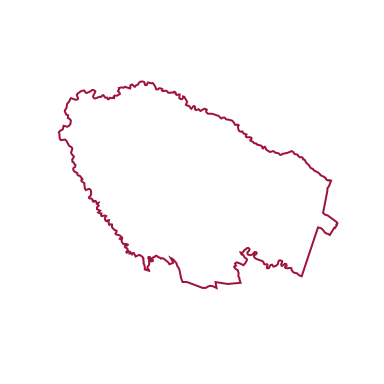 the district of Carrillo Puerto, Veracruz, Mexico, rotated 200°
{"feature_id": "50627088B27800936058187", "entity_name": "Carrillo Puerto", "entity_type": "district", "adm_level": 2, "iso_a3": "MEX", "parent_name": "Mexico", "parent_adm1": "Veracruz", "projection": "albers", "projection_center": [-96.59, 18.822], "detail": "fine", "context": "isolated", "style": "outline", "palette": "rose", "viewbox_px": 384, "rotation_deg": 200, "n_neighbors": 0, "source": "geoboundaries", "source_scale": "gbopen_adm2", "svg_char_len": 6089}
<svg xmlns="http://www.w3.org/2000/svg" viewBox="0 0 384 384"><g transform="rotate(200 192 192)"><path d="M260.3,135.6L259.0,133.2L258.3,132.8L257.8,133.7L256.0,134.1L255.2,131.7L253.8,130.7L251.5,129.8L249.6,129.8L249.3,128.3L249.7,126.7L248.8,126.2L244.9,126.5L242.5,125.4L242.0,125.1L242.5,124.4L244.0,123.6L244.0,123.3L241.7,123.6L241.6,122.2L240.9,121.1L238.8,119.7L235.9,120.7L234.3,120.6L234.4,119.7L236.4,118.7L236.5,117.6L235.5,117.0L234.4,117.0L233.1,116.5L232.7,115.4L233.1,113.1L232.5,112.7L231.6,114.8L230.3,114.6L229.8,112.8L228.9,113.2L228.7,114.0L227.0,112.9L226.7,114.3L225.8,114.8L222.9,112.1L220.4,114.6L219.0,114.9L216.2,114.0L214.8,112.8L215.0,112.2L214.3,111.5L214.2,110.7L213.5,110.0L213.0,108.1L212.2,107.6L210.7,105.4L209.9,103.1L205.4,103.3L205.9,104.1L208.0,105.2L208.1,106.5L207.4,109.0L208.8,113.0L210.4,114.8L210.6,116.0L209.7,116.5L208.4,116.0L208.0,114.3L206.8,112.8L205.2,113.7L205.4,114.4L206.6,115.7L206.0,117.5L204.9,118.1L204.4,119.6L203.5,119.8L202.4,119.7L201.2,119.1L200.1,119.4L198.6,118.8L198.1,119.4L197.3,119.3L196.1,119.8L190.1,117.7L188.5,116.4L185.6,118.8L186.3,120.0L189.4,122.7L186.5,122.2L182.2,119.7L180.8,117.7L178.1,115.6L176.8,114.0L173.0,107.6L170.1,104.2L165.8,105.7L149.2,105.5L145.9,106.8L145.1,108.2L142.9,110.0L140.2,110.6L136.1,110.2L139.1,115.4L126.9,117.8L115.3,123.3L117.6,126.2L117.9,127.2L119.7,128.8L120.6,132.0L121.5,133.0L121.9,134.0L125.0,134.8L126.8,135.9L126.7,136.7L125.5,137.7L127.1,139.5L126.1,141.1L122.9,141.3L118.6,140.8L117.6,143.4L117.1,146.6L117.4,147.6L120.4,148.7L122.3,150.4L124.0,150.2L125.6,151.8L124.0,152.0L123.6,152.5L122.8,155.7L121.9,156.4L121.0,158.2L119.9,158.7L118.4,158.0L118.2,156.5L119.2,154.5L118.9,153.2L118.2,152.4L115.8,152.5L114.1,153.7L113.2,155.2L113.2,156.0L112.3,157.2L111.1,157.4L110.3,156.8L110.4,155.6L110.9,154.8L112.2,155.0L111.8,152.6L111.0,152.0L110.1,151.4L108.2,151.1L102.3,151.2L100.7,150.4L99.7,149.0L98.8,148.8L97.0,149.8L96.2,149.5L95.9,147.9L96.0,146.9L95.4,146.1L94.6,146.2L93.6,147.0L93.5,149.5L92.9,150.5L91.9,151.1L90.0,149.7L87.9,151.3L86.7,153.4L87.0,156.2L86.7,157.5L85.4,158.0L83.6,157.8L83.3,156.4L83.5,154.6L82.7,153.3L82.0,153.4L80.2,156.3L78.8,156.5L77.8,155.1L78.9,154.0L79.0,153.2L78.1,152.6L75.9,153.0L74.4,154.0L72.6,154.4L71.7,152.7L69.6,151.4L68.2,151.1L65.6,151.5L62.9,150.4L60.1,150.3L61.5,201.8L58.4,202.1L56.2,201.3L53.1,199.3L51.0,199.0L49.8,199.2L47.8,198.7L46.1,207.1L45.4,206.9L44.5,210.6L45.2,211.0L44.7,212.5L46.3,213.4L56.6,216.4L59.1,216.2L61.7,217.2L65.1,238.8L66.0,242.1L65.3,244.0L65.2,250.2L67.1,250.1L67.5,249.5L69.6,249.5L70.2,249.7L70.9,250.7L71.9,250.8L72.7,251.4L77.0,251.7L77.4,252.3L80.4,253.5L83.0,253.7L85.2,254.2L86.2,255.0L88.8,255.2L91.3,257.2L94.6,258.5L97.3,260.9L98.7,260.6L99.8,262.1L100.9,262.2L102.5,261.5L104.6,262.2L105.6,263.2L108.4,262.8L109.2,263.1L110.5,264.2L112.3,264.5L115.6,261.5L119.8,258.9L120.9,257.4L122.1,257.1L123.2,257.8L125.0,257.9L127.1,257.4L128.7,258.1L129.7,258.2L132.3,256.3L133.4,256.4L137.0,257.3L138.1,258.9L139.1,259.4L139.7,258.6L140.0,257.3L140.8,257.3L141.2,258.2L142.8,259.2L147.2,258.8L147.9,259.5L150.5,259.1L151.6,259.9L154.7,260.2L155.0,260.7L154.2,262.1L154.7,263.2L155.7,263.4L159.4,262.2L160.3,262.4L160.6,263.1L160.5,264.7L163.5,264.6L165.4,266.1L166.2,265.5L167.8,265.3L168.5,265.5L169.4,266.1L171.2,269.0L170.9,270.6L171.6,270.9L172.7,270.8L173.8,269.9L174.5,269.9L177.2,272.1L178.8,272.8L183.1,272.4L184.7,271.9L186.9,273.1L188.3,272.5L189.6,271.1L193.1,272.6L199.8,272.4L203.6,271.1L205.5,271.6L206.3,272.6L206.6,273.7L206.2,274.2L206.8,274.6L209.0,274.4L211.8,271.0L214.1,272.1L215.9,270.5L216.7,270.4L217.7,271.1L217.9,272.4L219.1,273.6L220.1,273.0L221.0,270.0L222.3,270.5L223.7,271.6L225.0,271.9L226.0,271.5L227.6,271.9L227.4,275.1L231.8,278.8L233.1,278.7L232.6,277.5L233.1,275.8L234.2,275.5L235.6,275.6L236.2,276.1L236.9,279.3L238.2,279.0L239.4,278.0L240.8,278.4L241.2,279.6L242.3,280.2L243.2,280.0L243.4,279.0L244.7,278.8L246.7,277.6L248.3,277.2L250.5,278.3L252.0,277.9L253.9,276.8L255.1,277.4L255.0,278.5L255.9,278.8L258.4,278.2L259.1,276.8L260.4,276.2L261.2,276.6L261.7,277.5L264.3,279.9L266.3,280.9L267.4,280.3L270.8,279.9L271.2,277.0L272.4,276.5L273.2,276.9L273.6,278.2L274.7,279.0L276.5,278.9L278.5,277.8L279.4,275.9L279.3,274.8L281.3,272.7L281.6,271.4L282.6,271.4L284.9,272.6L286.1,271.7L286.3,270.5L285.6,269.2L285.6,268.1L291.0,267.9L291.9,266.6L293.9,266.2L296.3,264.7L295.7,263.5L296.1,261.5L293.9,260.4L293.3,259.4L295.5,256.8L297.8,256.1L298.2,255.0L297.5,254.3L297.3,253.6L298.5,253.4L299.4,252.7L301.3,252.5L302.2,250.5L303.0,250.5L303.9,251.7L305.7,251.0L308.4,252.7L309.4,252.0L309.6,250.8L310.2,250.1L311.4,249.9L314.9,246.8L315.8,246.6L316.9,247.1L317.8,248.1L317.1,252.9L317.4,253.7L319.1,254.1L320.6,253.8L322.0,251.7L324.7,249.1L326.0,249.0L327.9,250.5L329.6,249.7L330.9,248.6L332.8,245.9L333.5,244.2L333.1,243.2L331.1,241.1L331.1,240.3L331.7,239.5L332.6,238.9L337.8,238.8L338.3,237.2L338.3,235.2L339.5,232.2L338.7,228.0L339.3,225.3L339.1,224.2L336.5,221.7L334.6,221.7L334.0,219.1L331.9,218.8L330.3,217.8L329.5,214.3L330.1,212.3L331.4,210.7L335.3,210.3L334.9,206.6L336.8,204.5L337.6,202.5L336.7,201.8L335.2,198.2L334.3,196.7L333.7,196.3L333.0,195.9L329.1,197.9L327.3,197.0L323.3,193.4L320.5,192.9L319.5,192.1L319.1,190.7L319.2,187.8L318.4,186.7L315.1,184.9L315.2,183.0L315.7,181.7L314.9,179.8L314.6,179.4L313.7,179.5L311.9,178.0L310.8,177.6L310.4,175.7L311.6,173.9L311.5,172.9L310.7,171.7L308.9,170.9L306.3,170.6L305.7,169.2L304.7,168.6L303.1,168.9L299.3,166.6L300.1,165.3L299.4,164.3L296.3,163.6L294.0,158.8L292.4,157.5L290.1,159.6L289.2,159.8L287.7,159.0L286.8,157.4L286.0,155.1L286.1,153.6L287.0,152.1L286.8,151.2L285.9,150.9L285.0,151.3L283.8,151.3L282.6,150.6L282.3,149.5L281.6,149.2L280.7,149.4L280.6,150.2L279.7,150.6L278.7,150.2L277.6,148.5L276.1,149.9L276.1,147.8L275.0,147.1L276.1,145.1L275.4,143.4L271.9,143.0L273.2,140.6L271.0,140.4L269.8,140.9L269.5,139.2L268.8,138.4L265.9,140.1L264.4,140.0L265.0,137.7L264.0,136.0L263.1,135.4L262.1,135.4L261.9,136.3L260.4,137.1L260.3,135.6Z" fill="none" stroke="#9f1239" stroke-width="2"/></g></svg>